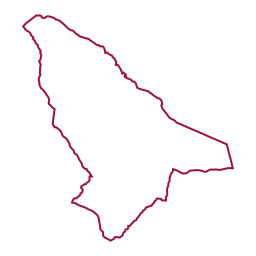 Cidelândia, Maranhão, Brazil
{"feature_id": "56859067B11209139502927", "entity_name": "Cidelândia", "entity_type": "district", "adm_level": 2, "iso_a3": "BRA", "parent_name": "Brazil", "parent_adm1": "Maranhão", "projection": "albers", "projection_center": [-47.853, -5.056], "detail": "fine", "context": "isolated", "style": "outline", "palette": "rose", "viewbox_px": 256, "rotation_deg": 0, "n_neighbors": 0, "source": "geoboundaries", "source_scale": "gbopen_adm2", "svg_char_len": 3395}
<svg xmlns="http://www.w3.org/2000/svg" viewBox="0 0 256 256"><path d="M23.2,26.3L24.2,27.6L25.0,29.1L27.2,30.9L29.2,32.0L30.6,33.5L30.8,35.1L32.1,36.3L33.4,37.4L33.1,39.2L34.6,40.7L36.1,43.7L37.7,44.9L37.8,46.2L38.2,47.3L39.0,48.6L40.7,51.1L40.2,52.8L41.2,55.2L41.0,57.1L40.6,58.6L40.3,60.0L39.2,60.9L39.6,62.1L40.2,63.6L40.7,64.6L40.1,67.3L40.1,68.9L39.8,72.9L40.4,75.0L39.5,76.6L38.9,78.2L38.8,80.8L39.5,82.5L39.3,83.8L39.5,85.0L40.3,86.6L41.1,88.2L43.2,90.0L46.1,93.8L46.9,95.3L48.0,96.7L49.2,99.5L48.7,102.6L48.9,103.9L49.7,104.8L50.7,105.6L51.5,106.7L53.2,108.1L54.6,108.9L52.7,124.1L54.6,127.3L55.7,127.1L58.6,129.0L60.7,131.2L62.8,135.9L66.0,138.4L67.6,140.3L69.3,143.5L69.5,144.8L70.7,147.5L73.3,150.0L73.9,151.3L74.4,153.2L76.9,154.8L79.7,160.4L81.1,162.6L82.1,163.9L82.2,165.9L83.2,167.3L85.0,168.8L86.8,169.2L87.7,171.3L88.9,171.9L90.9,175.2L91.8,176.4L89.6,176.5L89.4,178.2L89.6,180.0L88.7,181.7L87.0,182.5L85.9,184.1L84.6,184.1L83.3,185.2L81.4,186.2L80.9,187.6L82.8,189.6L81.8,192.8L80.4,193.6L79.9,195.4L77.8,196.9L76.6,198.3L74.9,198.2L73.7,198.9L73.1,199.9L72.5,201.0L72.1,202.6L75.6,203.3L76.5,204.0L79.1,205.3L85.0,207.5L86.7,208.3L88.2,209.2L92.8,211.2L94.9,213.0L97.2,215.0L98.0,216.2L98.8,218.8L99.3,221.7L99.8,224.6L100.2,227.4L100.4,229.3L101.5,230.6L103.1,232.1L103.1,234.1L103.4,236.3L104.6,237.3L105.7,237.9L107.1,238.7L109.0,239.8L110.8,240.6L112.6,239.5L113.7,239.0L114.9,237.2L116.8,237.0L118.3,237.4L119.8,237.5L120.9,236.6L122.5,235.5L123.0,233.7L123.6,232.6L125.0,231.5L125.5,229.6L127.4,229.2L128.2,228.1L128.2,226.0L130.3,225.6L131.7,223.5L133.1,222.4L134.2,221.0L136.2,220.1L137.0,218.3L138.1,217.2L139.2,215.6L139.9,214.5L140.9,213.2L142.4,212.3L143.0,210.7L145.2,209.3L145.9,207.5L148.6,206.6L150.6,205.8L151.7,205.6L152.5,204.1L153.6,203.3L154.9,200.9L156.0,200.2L156.9,198.5L161.2,198.9L161.7,200.2L162.9,200.5L164.8,200.3L165.8,200.7L166.1,198.5L166.0,196.8L167.2,195.0L167.2,192.0L167.0,189.4L168.2,185.3L168.4,183.1L169.8,180.5L169.5,178.0L170.4,176.0L170.6,174.5L172.8,171.4L173.1,169.1L176.6,170.3L181.4,172.9L183.4,173.6L186.0,173.3L187.5,172.6L190.0,170.7L194.0,170.3L198.5,170.1L202.3,171.0L204.2,171.7L206.1,171.7L210.0,169.7L211.3,169.5L213.9,169.7L215.8,169.4L218.6,169.9L220.3,169.8L224.7,168.9L227.7,168.1L232.8,168.2L230.4,158.3L229.4,154.8L228.2,149.9L226.7,144.3L176.3,122.4L175.0,120.8L173.7,120.0L171.2,118.8L169.0,117.3L166.9,114.1L164.5,111.2L162.5,108.7L161.3,105.5L162.0,104.5L162.1,102.5L160.9,99.8L159.5,98.5L157.4,98.2L156.6,97.4L155.4,96.5L153.6,95.6L152.6,94.5L149.1,92.0L147.4,91.0L143.2,89.9L141.1,89.4L139.5,88.7L138.1,88.3L137.2,87.6L136.9,86.4L136.2,84.6L135.7,83.1L134.1,81.7L132.2,81.4L131.2,79.9L129.9,79.2L128.4,78.6L126.6,78.2L125.9,76.0L124.7,76.6L124.7,75.5L125.6,74.2L124.2,73.3L123.2,72.5L122.3,73.4L120.3,68.5L119.5,67.5L118.8,66.2L117.6,65.0L115.8,64.9L116.4,62.4L115.7,61.2L115.1,59.8L114.3,58.4L113.0,57.5L111.9,55.5L109.5,54.5L106.9,52.4L105.3,53.0L105.0,50.8L104.5,49.1L103.6,47.2L102.5,46.2L100.3,46.5L98.7,45.2L97.0,45.0L94.2,43.0L93.0,42.1L91.4,41.1L89.9,40.2L88.9,39.0L84.9,38.1L82.7,37.2L80.3,36.6L79.0,36.0L78.1,34.8L76.3,34.0L73.1,30.7L70.5,30.1L67.7,28.1L64.1,24.5L61.8,22.5L59.7,20.9L57.3,19.7L55.5,19.4L54.2,18.0L52.5,17.5L51.3,16.9L47.8,16.2L46.0,16.9L45.1,17.7L43.5,18.1L41.9,17.5L41.4,16.3L40.0,15.4L37.6,15.6L36.4,15.4L25.9,23.4L23.2,26.3Z" fill="none" stroke="#9f1239" stroke-width="2"/></svg>